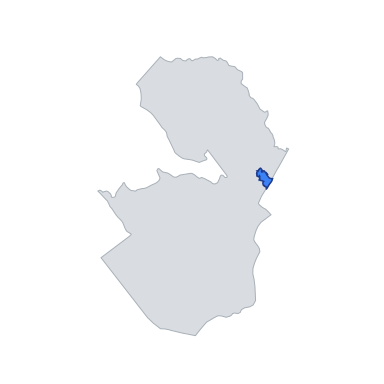 Petauke, Eastern, Zambia (highlighted), rotated 323°
{"feature_id": "96606910B40532044353326", "entity_name": "Petauke", "entity_type": "district", "adm_level": 2, "iso_a3": "ZMB", "parent_name": "Zambia", "parent_adm1": "Eastern", "projection": "equal_earth", "projection_center": [31.255, -14.345], "detail": "fine", "context": "in_parent", "style": "filled", "palette": "blue", "viewbox_px": 384, "rotation_deg": 323, "n_neighbors": 0, "source": "geoboundaries", "source_scale": "gbopen_adm2", "svg_char_len": 6266}
<svg xmlns="http://www.w3.org/2000/svg" viewBox="0 0 384 384"><g transform="rotate(323 192 192)"><path d="M241.4,257.7L228.7,257.7L224.1,259.1L220.3,261.1L215.8,264.3L213.2,266.5L212.4,267.8L212.1,270.5L212.1,274.7L211.7,277.7L210.3,280.5L203.5,283.8L199.0,286.5L194.6,289.8L191.3,294.0L189.0,299.1L185.3,305.5L177.5,316.9L172.9,319.0L169.1,318.5L164.4,316.2L160.7,315.7L158.0,317.2L155.5,316.7L153.2,314.3L151.2,313.5L149.7,314.1L147.7,314.0L144.0,312.7L140.8,308.6L139.0,307.0L137.7,306.3L133.9,305.7L125.2,304.7L116.2,306.7L108.3,308.8L100.1,299.7L92.1,290.1L90.4,287.7L87.4,284.5L85.3,282.9L84.5,282.1L82.2,273.6L80.9,265.7L79.8,189.7L115.6,189.7L117.9,189.3L118.0,188.5L116.3,184.4L116.3,183.0L116.8,180.2L118.3,174.7L118.4,172.9L117.6,166.8L117.6,163.5L118.0,156.7L117.7,154.4L118.5,151.3L118.8,149.3L119.1,148.4L118.7,146.1L117.9,138.0L117.4,134.6L119.6,135.1L120.3,136.7L120.7,138.6L121.7,138.7L124.3,139.8L125.2,141.3L125.8,144.5L125.4,146.2L124.6,147.5L125.5,148.7L127.2,149.5L128.2,149.3L131.0,147.0L133.7,146.2L135.0,145.6L141.0,144.2L142.1,143.4L143.0,143.4L143.6,144.0L143.0,146.3L142.9,148.4L143.6,152.2L144.2,154.0L145.4,155.3L146.3,156.0L147.4,157.4L149.4,157.2L154.0,159.1L155.3,160.0L157.3,160.9L158.6,161.3L163.3,162.0L168.2,163.1L170.8,163.2L172.6,162.9L173.9,162.3L174.7,161.7L175.0,161.2L176.8,153.8L177.8,153.3L179.0,152.9L179.7,153.6L180.6,158.2L184.1,162.4L185.4,165.9L186.3,168.8L187.1,169.7L188.4,170.7L190.6,171.1L192.5,171.2L202.2,176.3L203.2,177.2L204.4,179.9L205.1,183.0L205.9,185.4L207.1,185.9L208.3,186.1L209.4,187.7L210.2,189.2L213.1,195.2L213.5,197.6L214.8,199.2L216.7,199.8L218.4,199.9L219.4,199.2L221.9,198.0L223.8,196.6L225.2,196.1L226.0,196.4L226.7,197.3L227.1,200.3L228.4,201.3L229.4,200.9L229.8,199.8L229.8,199.2L229.8,167.8L228.9,168.0L227.8,168.9L225.2,169.0L224.2,169.7L223.9,170.7L224.1,172.0L224.2,173.8L223.8,174.6L222.7,174.9L221.1,174.3L218.2,173.4L215.7,172.8L214.0,170.5L211.6,166.9L210.0,165.1L206.3,161.4L205.6,160.7L204.5,158.9L203.5,156.0L202.6,152.6L202.1,150.4L202.9,147.1L205.1,136.2L205.6,132.8L207.4,129.3L207.5,126.2L206.8,122.3L207.0,120.1L207.2,107.6L206.7,103.6L205.4,99.2L202.7,93.1L202.7,91.8L206.9,87.8L208.1,86.3L210.3,83.1L211.7,80.4L212.7,78.2L213.0,75.3L212.3,72.6L213.7,72.0L248.1,65.0L248.6,66.9L249.6,70.0L250.8,72.3L252.3,74.3L253.5,75.5L254.4,75.9L259.7,75.7L261.6,77.0L263.2,78.5L263.6,80.9L264.7,82.4L265.9,83.6L266.4,83.7L267.3,83.4L268.7,83.4L270.0,83.9L270.6,84.5L270.7,86.5L271.1,87.4L272.9,87.7L274.7,87.9L276.5,89.2L278.4,89.5L280.6,90.0L281.6,91.5L283.9,93.0L286.8,94.3L290.0,96.6L290.0,97.2L290.6,98.5L291.1,99.5L291.1,100.9L291.4,102.2L292.2,102.5L292.9,102.6L293.5,101.6L294.3,101.7L295.3,102.2L295.6,103.7L296.3,105.7L297.5,107.1L298.2,108.4L298.0,110.8L297.5,112.9L299.1,115.1L301.1,117.1L301.7,118.0L301.8,121.1L302.1,122.1L303.5,124.6L304.2,126.3L304.1,127.3L300.4,132.3L298.1,133.0L297.1,134.1L296.5,135.1L297.9,140.1L298.7,142.0L298.1,144.3L296.6,148.4L295.9,148.7L295.7,151.7L296.2,152.9L296.9,153.7L297.2,155.8L297.2,160.9L296.2,166.7L297.9,171.8L298.5,172.3L300.8,172.4L301.2,172.8L300.6,174.2L299.0,176.5L296.0,178.2L291.7,180.1L290.8,181.9L290.3,184.6L290.7,186.1L291.3,187.0L291.1,189.4L290.7,191.8L290.9,193.7L290.7,195.4L290.1,196.3L289.4,198.9L288.4,201.4L287.7,202.6L286.6,203.8L284.9,204.9L285.0,205.4L286.9,206.6L287.4,207.4L287.6,208.0L286.8,209.3L287.6,210.1L288.7,210.7L289.7,212.4L290.9,215.7L291.1,216.0L291.4,216.0L292.0,215.7L293.2,214.4L294.1,213.9L295.1,215.8L277.3,223.7L273.1,225.4L266.9,228.2L264.9,229.2L263.2,230.3L246.7,236.5L244.1,237.7L238.3,240.9L238.1,241.4L238.1,242.9L238.7,245.9L239.7,248.6L240.5,250.1L241.1,254.2L241.4,257.7Z" fill="#d9dde1" stroke="#a8b0b8" stroke-width="1"/><path d="M256.3,214.9L256.2,215.0L255.9,215.2L255.7,215.4L255.6,215.5L255.4,215.5L255.2,215.8L255.0,216.1L254.9,216.1L254.9,216.5L254.6,216.6L254.6,216.8L254.4,216.8L254.3,217.0L253.6,218.1L253.5,218.6L253.8,218.8L253.9,218.7L253.9,218.9L254.0,219.0L254.1,219.3L254.1,219.5L254.3,219.6L254.4,219.8L254.5,219.7L254.6,219.8L254.6,219.7L254.7,219.8L254.7,220.0L254.8,220.0L255.1,220.1L255.5,219.9L255.5,220.0L255.6,219.9L255.6,220.1L255.4,220.2L255.4,220.3L255.2,220.6L255.0,220.8L254.9,220.8L254.9,221.0L254.9,220.9L254.7,221.0L254.8,221.0L254.7,221.1L254.6,221.3L254.5,221.2L254.5,221.3L254.4,221.4L254.4,221.5L254.5,221.8L254.4,221.9L254.4,222.1L254.3,222.3L254.3,222.5L254.3,222.4L254.1,222.5L254.0,222.4L253.8,222.4L253.7,222.3L253.4,222.5L253.0,222.6L252.9,222.8L253.0,222.8L253.1,223.0L253.3,223.3L253.4,223.5L253.5,223.4L253.5,223.5L253.6,223.8L253.7,224.0L254.0,224.2L255.7,226.7L255.7,226.8L255.3,226.9L255.2,226.9L254.9,226.8L254.9,226.7L253.8,227.7L253.7,227.9L253.4,228.7L253.1,229.1L253.1,229.3L253.1,229.8L253.2,230.0L253.3,230.3L253.3,230.5L253.5,230.5L253.4,230.7L253.4,230.8L253.4,231.0L253.5,231.1L253.6,231.3L253.7,231.5L253.7,232.0L253.8,232.1L254.1,232.1L254.1,232.3L254.2,232.5L254.3,232.6L254.3,232.8L254.3,233.1L252.8,234.6L254.6,234.0L256.0,233.4L258.2,232.5L259.6,232.1L261.1,231.7L262.6,231.1L262.9,230.9L264.4,229.8L264.3,229.7L264.2,229.7L263.8,229.6L263.7,229.5L263.7,229.4L263.5,229.2L263.4,229.2L263.3,228.9L263.3,229.0L263.2,228.9L263.2,228.7L262.9,228.5L262.7,228.3L262.7,228.2L262.5,227.9L262.3,227.6L262.2,227.4L262.1,227.2L262.1,223.0L262.5,223.0L263.0,223.2L262.9,221.2L262.4,221.2L262.4,218.6L262.3,218.4L262.3,218.5L262.2,218.5L262.1,218.3L262.0,218.2L261.8,218.1L261.7,218.1L261.4,218.0L261.2,218.0L260.9,218.0L260.9,217.9L260.7,217.9L260.4,218.0L260.4,217.9L260.4,218.0L260.3,217.9L260.2,217.9L259.9,217.9L259.7,217.8L259.8,217.8L259.7,217.8L259.7,217.7L259.8,217.7L260.0,217.6L260.1,217.4L260.3,217.3L260.4,217.1L260.5,217.1L260.6,216.9L260.8,216.8L261.0,216.8L261.1,216.7L261.2,216.3L261.2,216.1L261.0,215.9L261.0,215.7L261.2,215.4L261.2,214.8L261.2,214.5L260.9,214.1L260.7,214.1L260.3,214.1L260.2,214.1L259.9,214.1L259.7,214.2L259.6,214.3L259.4,214.4L259.2,214.4L258.9,214.4L258.8,214.5L258.7,214.4L258.5,214.6L258.3,214.6L258.2,214.6L257.9,214.7L257.8,214.8L257.7,214.8L257.7,214.7L257.4,214.6L257.4,214.8L257.4,214.7L257.1,214.7L257.0,214.8L256.9,214.8L256.8,214.7L256.8,214.8L256.7,214.7L256.7,214.8L256.6,214.7L256.5,214.8L256.4,214.9L256.3,214.9Z" fill="#3b82f6" stroke="#1e3a8a" stroke-width="1.5"/></g></svg>